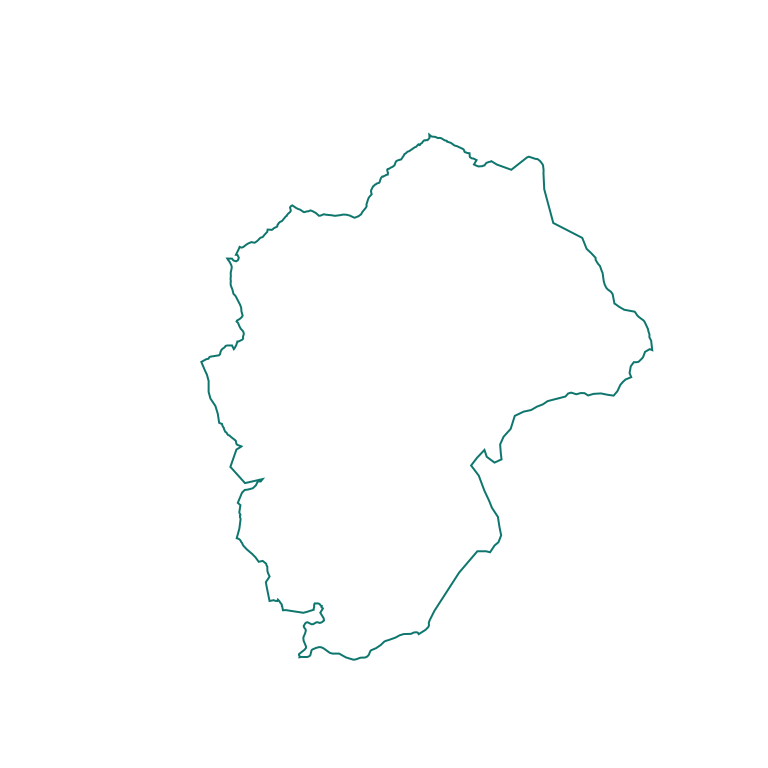 Techiman Municipal, Brong Ahafo, Ghana, rotated 125°
{"feature_id": "2480657B78695952433486", "entity_name": "Techiman Municipal", "entity_type": "district", "adm_level": 2, "iso_a3": "GHA", "parent_name": "Ghana", "parent_adm1": "Brong Ahafo", "projection": "robinson", "projection_center": [-1.972, 7.526], "detail": "fine", "context": "isolated", "style": "outline", "palette": "teal", "viewbox_px": 768, "rotation_deg": 125, "n_neighbors": 0, "source": "geoboundaries", "source_scale": "gbopen_adm2", "svg_char_len": 6154}
<svg xmlns="http://www.w3.org/2000/svg" viewBox="0 0 768 768"><g transform="rotate(125 384 384)"><path d="M147.5,436.6L148.0,440.0L148.8,441.5L148.9,443.0L148.9,443.5L148.2,444.5L145.9,446.3L147.1,448.5L147.2,449.6L147.7,450.5L147.5,451.5L146.7,452.2L146.2,453.6L146.2,454.2L147.3,460.5L148.2,463.0L148.1,467.5L149.3,471.3L148.9,471.7L148.8,472.1L149.6,474.0L149.8,477.7L150.0,478.6L150.7,479.9L151.7,481.0L152.0,483.0L152.4,484.3L153.4,485.8L154.0,487.2L153.8,489.9L156.2,487.9L158.8,488.1L159.6,488.5L159.9,489.3L160.9,490.0L161.1,490.6L161.5,490.9L163.3,491.2L164.7,491.1L166.5,491.9L167.5,491.7L168.0,492.1L167.9,493.2L168.1,493.3L171.4,493.8L172.5,494.6L178.8,496.9L179.8,497.7L180.7,498.1L182.4,498.4L184.0,499.1L185.7,498.8L187.6,498.9L188.4,498.7L190.4,498.8L190.9,499.5L191.8,500.0L192.4,500.6L194.1,501.7L195.6,501.7L199.0,500.8L199.8,501.2L201.1,501.5L202.7,502.5L205.0,503.4L205.7,504.2L206.3,504.3L206.9,504.1L207.4,503.6L208.4,502.4L208.8,501.7L210.1,501.4L210.3,501.1L211.8,502.3L212.5,502.5L213.5,503.2L214.6,503.6L215.0,504.4L215.5,504.5L217.1,504.6L219.7,503.9L220.8,503.5L221.8,503.3L224.1,505.0L224.9,505.1L226.0,505.8L227.3,505.9L228.4,506.3L232.5,505.7L233.4,505.3L234.1,504.7L235.7,502.9L238.7,503.3L240.2,503.3L241.4,503.1L246.9,501.4L248.2,500.3L248.8,500.1L250.4,500.0L255.3,500.4L258.1,500.1L261.1,501.1L264.2,503.1L264.8,503.7L265.7,508.8L266.9,511.9L268.6,514.6L271.0,516.9L274.5,520.8L275.4,522.9L278.9,529.2L279.4,530.6L282.6,532.7L283.5,533.8L283.0,537.8L283.4,541.5L283.9,543.5L284.1,543.9L285.8,544.9L287.2,546.5L288.8,547.7L289.2,548.3L289.3,552.8L289.9,554.7L290.2,556.9L290.3,561.6L291.9,562.3L293.3,562.2L295.3,559.9L296.0,559.6L297.0,559.6L299.9,560.3L301.4,560.3L302.0,560.1L303.1,560.6L308.8,561.0L311.1,562.2L313.1,562.6L313.8,562.3L314.7,562.5L316.3,561.8L319.8,563.7L321.1,563.8L322.2,564.4L322.4,565.0L324.3,567.9L326.4,566.9L330.4,567.5L332.7,567.6L333.5,567.8L334.3,568.6L335.4,569.2L339.4,569.8L342.3,570.9L342.7,571.3L343.8,574.0L346.9,575.9L349.0,576.8L352.7,577.9L354.1,579.1L354.5,580.9L357.2,580.3L363.1,579.4L362.4,578.1L363.8,575.4L365.9,574.7L366.7,574.8L368.3,575.5L369.0,577.5L369.1,578.4L368.5,580.4L371.1,584.3L371.9,582.5L372.4,580.8L374.1,577.5L375.0,576.3L376.3,575.3L380.1,573.7L381.4,573.0L383.1,571.6L386.3,569.7L387.6,568.4L388.3,568.2L390.8,566.4L392.1,564.7L393.3,562.7L396.5,559.0L396.9,556.7L397.3,555.6L401.7,547.2L403.5,544.7L406.2,542.5L409.1,539.0L411.1,538.9L413.8,539.6L415.6,540.5L416.5,540.8L417.4,540.6L417.6,538.7L419.8,535.3L420.9,533.0L421.6,529.9L422.1,528.9L423.4,527.5L426.3,526.6L427.1,525.7L428.3,525.4L429.3,525.7L433.4,528.0L433.4,528.4L437.0,527.3L440.7,526.9L441.6,527.0L439.6,530.6L442.3,534.5L443.7,535.6L445.4,535.6L447.9,536.5L449.5,536.7L451.5,536.3L453.7,535.4L455.1,535.6L461.1,541.8L461.9,542.4L464.0,542.3L465.6,543.8L470.7,546.3L475.1,539.3L478.0,534.3L482.1,529.4L491.1,523.1L495.5,517.8L498.7,509.5L503.8,503.0L510.3,496.8L510.1,495.3L509.6,493.9L511.1,492.0L511.9,489.9L512.4,489.6L514.2,486.7L514.1,485.3L515.0,483.3L515.2,482.3L514.8,481.0L515.1,479.4L515.5,472.9L517.6,470.7L518.0,469.5L516.9,465.0L517.9,465.3L522.3,467.3L540.0,462.3L544.9,441.0L531.5,428.9L534.6,429.1L536.1,431.5L540.6,430.8L544.7,431.7L548.5,434.9L550.7,437.3L554.3,438.0L565.2,435.6L565.6,432.1L571.6,429.2L572.5,428.6L573.4,426.6L574.4,426.6L575.9,425.4L576.2,424.8L576.9,424.0L585.5,419.5L594.8,416.2L594.3,414.6L594.2,413.5L594.4,412.0L595.2,410.6L595.7,409.0L596.8,407.3L597.3,405.7L598.2,401.3L598.8,394.7L599.5,390.9L599.7,389.8L601.5,384.7L598.5,381.9L598.8,377.5L599.7,376.5L600.7,374.7L603.9,372.4L605.6,370.3L607.3,367.3L614.1,367.1L617.6,363.6L627.4,353.3L624.4,350.4L623.9,348.5L622.9,346.8L621.5,347.2L621.9,345.1L622.6,343.6L623.3,341.2L624.6,340.2L624.6,339.8L627.3,337.0L625.5,334.7L617.7,318.9L614.8,316.4L609.2,312.1L608.5,312.7L606.7,313.3L605.3,314.4L603.8,314.9L603.3,314.8L603.0,314.1L601.6,312.3L601.2,310.5L601.8,308.7L601.5,307.6L602.7,307.1L602.9,305.3L607.9,305.0L610.6,298.9L612.2,297.5L614.6,298.2L615.8,298.9L616.6,299.6L617.2,301.6L618.0,302.7L621.4,304.3L622.4,305.6L623.0,309.9L624.0,310.9L625.3,311.2L628.3,311.0L629.2,309.9L630.0,307.5L631.0,306.5L633.6,305.6L637.5,304.8L638.7,304.1L640.4,302.6L643.8,297.2L645.2,296.5L647.3,296.7L654.0,298.7L654.7,298.3L655.5,296.8L656.3,296.5L655.1,295.3L651.6,290.2L649.7,289.0L648.4,288.8L643.7,290.6L642.6,290.4L639.3,288.4L636.9,286.4L635.7,284.6L635.2,281.9L635.3,274.2L634.4,271.6L630.6,266.2L629.8,258.4L627.4,250.9L625.5,248.9L621.8,246.4L618.8,242.5L616.8,241.4L614.5,241.1L610.9,242.0L609.4,241.8L605.0,239.0L599.8,237.0L594.8,236.0L593.1,235.0L591.6,233.7L585.1,229.1L581.0,227.1L577.6,224.5L573.2,218.6L570.3,216.9L568.7,215.0L568.3,213.6L569.0,212.1L561.7,209.0L557.7,208.3L555.8,208.8L553.8,210.4L551.1,211.1L540.8,212.6L495.4,214.3L467.5,211.6L462.5,204.5L461.0,200.6L452.8,200.8L448.0,199.5L440.8,201.2L435.0,207.3L427.5,214.5L423.5,224.6L419.3,231.0L413.8,240.6L404.7,253.8L400.8,265.9L391.2,265.5L380.4,263.9L384.7,258.1L385.0,248.4L378.3,244.5L373.5,248.8L366.9,254.2L358.7,255.8L348.1,254.5L335.1,258.6L326.6,253.8L321.0,248.6L314.8,245.7L309.6,242.2L304.1,240.1L290.2,228.2L286.1,227.7L283.7,225.7L282.1,220.6L278.5,217.6L276.5,214.5L276.3,210.2L271.9,206.7L267.3,200.9L264.6,194.7L261.8,189.2L256.0,188.7L249.0,189.9L245.2,189.5L241.7,188.7L236.6,185.4L234.2,189.1L228.0,192.0L222.9,191.9L221.3,189.6L219.8,188.2L215.0,187.3L213.4,187.2L207.9,188.6L203.0,186.3L202.4,183.7L195.3,190.0L193.4,193.5L191.1,195.0L189.6,197.1L187.5,199.4L183.8,205.8L183.1,207.6L182.9,214.1L182.5,216.2L181.5,218.4L181.0,220.2L185.4,229.8L185.9,235.7L185.8,239.9L185.9,241.4L179.3,248.2L178.3,250.9L178.2,255.0L177.7,257.1L176.0,260.2L173.6,263.1L167.5,268.8L166.6,270.4L163.5,274.7L162.7,277.9L160.9,281.9L159.3,283.0L157.9,289.6L157.1,295.5L150.6,305.4L155.0,337.7L132.6,364.4L120.1,374.1L117.2,376.0L113.5,379.3L112.6,381.5L111.8,384.3L111.7,387.3L112.7,389.0L114.7,395.7L116.3,396.8L135.5,402.6L139.5,417.4L139.9,423.9L140.8,424.3L142.0,425.5L144.3,427.0L147.4,427.1L148.2,428.0L148.9,428.1L151.6,431.4L152.2,433.7L152.6,436.2L147.5,436.6Z" fill="none" stroke="#0f766e" stroke-width="2"/></g></svg>